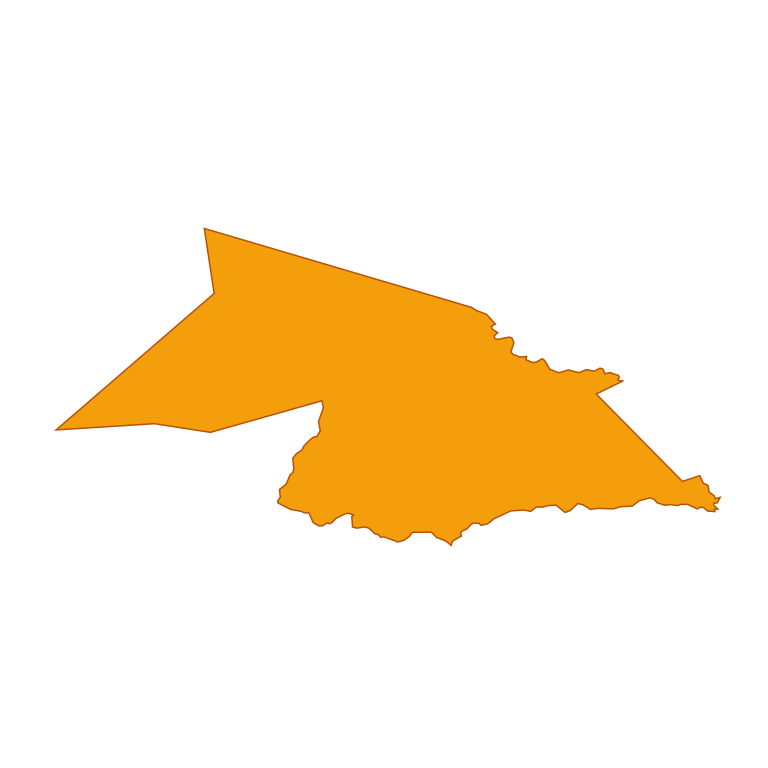 Riacho Frio, Piauí, Brazil (Equal Earth projection), rotated 87°
{"feature_id": "56859067B56089462562487", "entity_name": "Riacho Frio", "entity_type": "district", "adm_level": 2, "iso_a3": "BRA", "parent_name": "Brazil", "parent_adm1": "Piauí", "projection": "equal_earth", "projection_center": [-44.706, -9.934], "detail": "medium", "context": "isolated", "style": "filled", "palette": "amber", "viewbox_px": 768, "rotation_deg": 87, "n_neighbors": 0, "source": "geoboundaries", "source_scale": "gbopen_adm2", "svg_char_len": 1949}
<svg xmlns="http://www.w3.org/2000/svg" viewBox="0 0 768 768"><g transform="rotate(87 384 384)"><path d="M412.7,713.8L411.6,615.6L423.2,559.9L397.5,446.9L404.7,445.8L418.0,451.4L427.3,450.1L433.1,453.9L433.3,457.2L435.4,460.2L441.8,467.3L445.7,469.4L448.9,475.1L453.4,479.0L464.0,478.5L467.8,479.8L469.6,482.4L479.0,487.0L483.8,493.9L491.7,493.5L495.2,496.3L497.2,496.1L504.3,483.9L507.0,472.7L508.5,470.6L508.7,465.7L518.8,461.9L522.3,456.4L522.4,452.5L519.6,448.3L520.7,445.8L519.8,443.4L515.5,438.7L511.8,430.2L511.2,426.5L512.3,423.2L513.4,421.3L514.5,423.1L525.2,422.9L526.5,418.7L525.7,410.6L527.2,406.6L533.1,401.1L534.1,397.7L537.0,395.3L536.5,392.4L542.5,378.3L541.2,372.4L537.8,366.9L533.6,363.5L534.4,344.4L540.0,339.6L544.0,330.5L548.7,325.4L544.5,323.8L539.8,314.5L536.9,315.5L535.1,314.0L533.1,308.9L528.5,304.0L527.5,301.5L528.2,296.2L530.2,294.6L529.2,288.0L524.2,281.0L517.4,264.1L517.2,250.7L518.9,244.2L514.8,238.2L515.2,231.8L514.0,225.8L514.0,218.4L521.7,210.0L520.3,204.8L513.5,196.8L515.0,191.7L520.0,184.4L519.4,176.6L520.7,161.6L518.9,154.1L518.9,142.4L513.9,135.2L511.6,124.0L513.3,120.4L517.0,117.4L519.7,110.0L519.5,103.5L520.8,97.1L519.8,94.2L520.0,87.2L525.2,77.4L523.6,74.9L524.0,71.5L527.8,67.5L528.7,60.2L526.5,60.9L526.4,57.1L522.3,61.0L520.4,61.1L520.1,57.4L514.8,54.2L515.8,59.2L513.0,60.1L508.8,65.0L502.3,65.7L499.7,70.3L492.0,73.5L496.9,91.1L405.1,172.6L393.2,144.7L393.4,148.1L392.0,150.2L389.5,148.7L387.7,149.4L384.4,157.8L385.4,162.8L380.6,164.5L379.5,167.4L382.2,173.4L380.2,181.1L382.9,188.6L379.6,199.2L381.8,208.1L381.1,211.0L377.7,217.8L368.7,222.5L367.0,224.7L370.1,230.8L370.3,234.4L367.3,241.0L364.0,240.2L364.2,246.7L361.1,253.8L358.4,255.6L349.7,252.1L344.9,253.8L343.7,256.4L345.4,267.9L344.7,270.6L341.9,271.6L338.7,267.8L335.2,272.8L331.9,273.8L330.0,269.6L319.8,278.0L315.5,287.7L312.0,292.8L219.3,555.3L284.7,548.9L412.7,713.8Z" fill="#f59e0b" stroke="#b45309" stroke-width="1.5"/></g></svg>